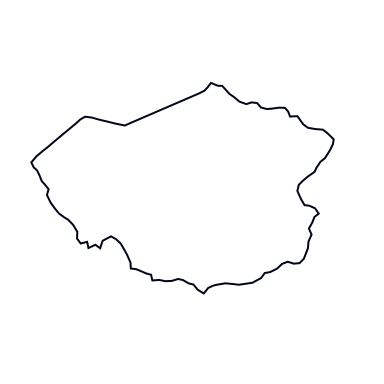 Tremembé, São Paulo, Brazil (Albers equal-area conic projection), rotated 167°
{"feature_id": "56859067B32139697780828", "entity_name": "Tremembé", "entity_type": "district", "adm_level": 2, "iso_a3": "BRA", "parent_name": "Brazil", "parent_adm1": "São Paulo", "projection": "albers", "projection_center": [-45.606, -22.938], "detail": "fine", "context": "isolated", "style": "outline", "palette": "ink", "viewbox_px": 384, "rotation_deg": 167, "n_neighbors": 0, "source": "geoboundaries", "source_scale": "gbopen_adm2", "svg_char_len": 1626}
<svg xmlns="http://www.w3.org/2000/svg" viewBox="0 0 384 384"><g transform="rotate(167 192 192)"><path d="M42.1,211.5L46.8,218.8L50.5,223.3L58.0,225.7L64.6,228.5L68.3,232.8L72.3,242.2L79.5,243.5L80.2,248.8L82.6,253.1L88.3,254.6L95.0,255.2L100.4,256.0L105.9,258.9L108.5,264.0L113.7,265.9L119.2,265.4L125.4,269.3L129.5,274.8L133.5,279.2L136.5,284.7L138.7,288.6L142.9,289.7L149.0,294.0L153.2,290.5L157.1,287.9L162.3,286.6L234.1,273.5L242.5,271.9L251.9,276.2L257.9,279.3L262.6,281.6L267.5,284.1L272.9,287.1L279.2,289.4L284.3,287.9L289.7,284.9L295.8,281.8L304.2,277.6L315.0,272.1L322.5,268.2L327.6,265.8L335.5,261.8L341.9,257.0L340.7,251.7L338.1,247.8L336.7,241.7L336.0,236.6L333.4,231.8L331.1,227.0L334.0,221.7L332.2,213.6L329.3,206.7L326.4,200.9L322.3,196.2L318.9,192.8L315.3,186.9L312.7,179.0L314.5,172.4L312.0,166.9L305.4,167.0L305.5,160.7L298.0,162.3L294.2,157.9L290.0,164.6L280.9,167.0L276.7,163.2L273.1,157.9L271.3,152.1L269.4,145.5L267.8,137.0L268.8,131.2L263.8,129.4L259.6,126.4L254.7,122.8L250.5,120.6L250.5,114.7L243.7,113.7L238.1,111.1L231.6,109.9L225.2,110.4L220.7,108.3L215.9,103.8L211.4,101.5L208.4,95.5L203.4,90.5L197.7,94.9L192.3,96.0L187.8,96.0L179.9,95.5L172.8,93.1L167.2,91.1L160.4,90.5L153.5,90.0L144.1,92.6L139.3,96.7L133.9,96.4L126.3,98.2L120.4,101.7L114.4,102.5L109.0,99.3L103.3,98.5L98.1,101.7L91.7,111.1L89.6,117.6L85.1,123.6L86.3,130.2L82.0,134.8L78.3,140.1L73.4,142.4L75.8,148.5L80.9,152.3L85.3,153.9L87.4,160.7L89.1,169.3L86.3,175.0L81.1,178.2L75.6,181.0L68.0,184.1L65.3,187.6L60.1,192.5L55.0,195.0L51.0,198.8L47.5,202.4L43.8,207.1L42.1,211.5Z" fill="none" stroke="#020617" stroke-width="2"/></g></svg>